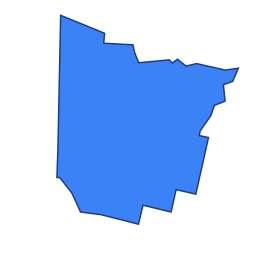 the district of St. James, Louisiana, United States of America, rotated 284°
{"feature_id": "52423323B72947560407101", "entity_name": "St. James", "entity_type": "district", "adm_level": 2, "iso_a3": "USA", "parent_name": "United States of America", "parent_adm1": "Louisiana", "projection": "mercator", "projection_center": [-90.779, 30.028], "detail": "fine", "context": "isolated", "style": "filled", "palette": "blue", "viewbox_px": 256, "rotation_deg": 284, "n_neighbors": 0, "source": "geoboundaries", "source_scale": "gbopen_adm2", "svg_char_len": 570}
<svg xmlns="http://www.w3.org/2000/svg" viewBox="0 0 256 256"><g transform="rotate(284 128 128)"><path d="M35.0,102.3L37.4,122.9L37.2,161.4L56.7,161.2L56.9,190.1L79.8,189.6L80.0,197.6L80.2,209.8L138.2,208.4L137.9,199.0L142.8,198.7L160.0,205.4L170.8,206.3L177.6,215.7L193.1,210.1L198.6,218.3L212.7,220.6L207.7,208.4L207.1,179.0L202.1,169.3L206.7,159.4L201.7,155.2L204.1,151.6L193.9,122.6L203.2,115.9L209.9,112.7L204.4,83.9L214.2,82.4L221.0,35.4L182.9,44.1L89.6,65.3L62.8,71.0L63.3,73.9L51.2,89.4L35.0,102.3Z" fill="#3b82f6" stroke="#1e3a8a" stroke-width="1.5"/></g></svg>